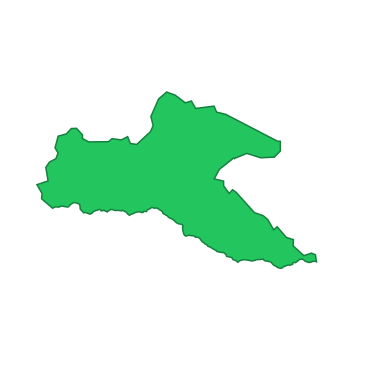 outline of Swain, North Carolina, United States of America, rotated 214°
{"feature_id": "52423323B8638287595623", "entity_name": "Swain", "entity_type": "district", "adm_level": 2, "iso_a3": "USA", "parent_name": "United States of America", "parent_adm1": "North Carolina", "projection": "orthographic", "projection_center": [-83.557, 35.488], "detail": "fine", "context": "isolated", "style": "filled", "palette": "green", "viewbox_px": 384, "rotation_deg": 214, "n_neighbors": 0, "source": "geoboundaries", "source_scale": "gbopen_adm2", "svg_char_len": 2700}
<svg xmlns="http://www.w3.org/2000/svg" viewBox="0 0 384 384"><g transform="rotate(214 192 192)"><path d="M298.4,100.6L297.5,102.5L296.4,103.7L294.9,104.4L293.6,105.3L292.8,107.1L291.4,107.9L289.3,108.7L286.5,110.1L286.0,110.9L285.8,113.4L284.9,115.6L283.7,117.5L281.8,118.2L278.9,118.9L278.1,118.8L276.3,116.9L275.1,115.3L270.2,114.1L269.2,115.2L265.8,116.3L265.1,116.2L264.3,116.6L263.5,117.6L262.9,118.9L262.9,119.9L262.7,120.9L261.9,122.1L258.8,125.9L258.4,126.1L257.6,126.1L257.0,125.6L256.4,125.8L255.3,126.8L254.9,127.7L254.1,127.6L251.1,128.1L251.1,128.7L249.7,131.9L248.3,132.9L245.8,133.5L244.9,134.0L242.9,135.5L239.8,137.0L239.6,137.8L239.4,138.0L235.6,138.5L232.4,137.7L230.8,137.7L230.3,139.1L228.4,141.6L227.2,143.8L224.8,146.1L221.7,147.1L221.2,147.7L221.2,148.8L220.2,149.6L218.9,150.2L218.8,150.5L219.1,152.0L218.4,153.1L216.6,156.8L214.4,157.4L212.1,159.1L205.2,159.2L204.2,158.0L199.3,158.4L196.9,157.9L192.9,158.5L190.3,158.3L187.9,157.8L185.6,158.0L184.2,158.7L182.2,159.3L180.9,159.2L180.4,158.7L180.1,157.4L177.9,154.8L175.2,152.5L174.1,152.0L172.6,151.9L170.4,154.3L165.2,157.0L164.3,156.4L163.0,156.9L162.6,157.3L161.4,157.8L159.6,157.9L156.9,156.8L155.2,156.4L154.1,156.8L153.4,156.4L152.2,156.3L149.8,156.5L148.6,155.9L145.8,156.5L140.9,156.7L139.9,157.1L139.4,157.1L138.8,156.7L137.6,156.7L132.7,158.9L131.8,159.6L128.4,159.0L127.4,158.0L122.4,159.9L119.9,158.8L118.9,159.3L117.1,159.7L114.6,159.4L114.1,161.5L111.6,164.6L109.2,166.0L103.6,168.4L101.4,170.7L101.0,171.6L95.3,176.2L94.7,175.8L93.1,175.7L90.1,177.1L87.2,178.1L85.2,177.4L83.3,177.0L80.8,177.4L78.5,177.3L75.9,178.3L75.0,179.0L74.4,181.0L71.6,185.2L71.2,185.5L70.3,185.7L68.3,188.0L68.2,188.6L68.7,189.1L68.6,189.6L68.2,190.5L66.7,191.3L65.9,193.4L65.4,195.4L64.5,197.0L62.7,198.1L61.7,198.2L59.8,197.9L58.1,198.2L55.5,199.0L53.7,200.8L53.4,201.8L51.1,203.5L49.8,203.7L54.6,209.0L58.8,208.1L63.7,201.8L78.0,203.9L81.3,209.2L88.4,207.1L102.0,210.8L103.1,206.3L113.5,211.4L119.6,212.2L128.7,209.8L155.1,216.4L159.7,216.5L160.3,211.6L169.1,214.7L171.9,218.7L180.9,215.3L182.0,226.0L176.6,243.1L176.3,243.3L175.4,243.5L175.4,243.8L175.2,244.1L168.2,254.6L154.1,258.8L143.3,266.9L141.7,275.4L147.1,283.4L149.7,281.9L206.8,275.3L207.3,275.3L216.3,272.0L221.8,275.5L235.7,263.3L243.4,267.1L247.4,262.2L260.1,262.9L268.9,260.7L271.7,250.5L268.3,231.6L261.3,225.3L260.2,218.8L264.4,200.6L270.2,197.7L276.3,201.9L279.7,195.7L288.1,191.5L289.4,187.0L305.6,175.8L312.7,175.1L314.7,178.1L323.4,180.2L327.6,177.1L328.6,170.0L334.2,163.4L330.2,152.0L324.8,149.4L323.5,143.4L326.9,137.2L326.9,130.6L317.5,120.7L324.7,111.4L315.5,106.9L312.9,102.3L298.4,100.6Z" fill="#22c55e" stroke="#15803d" stroke-width="1.5"/></g></svg>